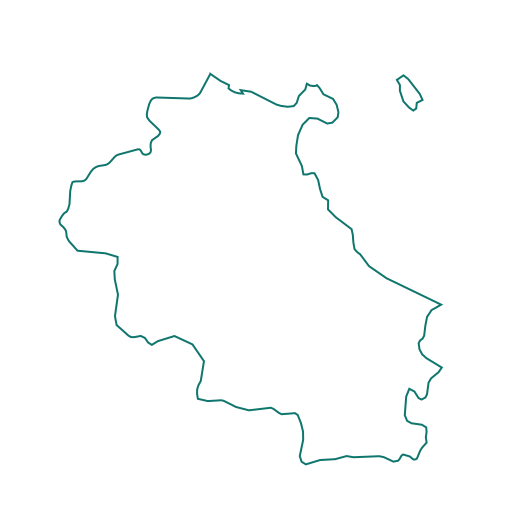 the border of Grosseto, rotated 188°
{"feature_id": "ITA-5379", "entity_name": "Grosseto", "entity_type": "Province", "adm_level": 1, "iso_a3": "ITA", "parent_name": "Italy", "parent_adm1": "", "projection": "natural_earth1", "projection_center": [11.272, 42.756], "detail": "fine", "context": "isolated", "style": "outline", "palette": "teal", "viewbox_px": 512, "rotation_deg": 188, "n_neighbors": 0, "source": "natural_earth", "source_scale": "10m", "svg_char_len": 2920}
<svg xmlns="http://www.w3.org/2000/svg" viewBox="0 0 512 512"><g transform="rotate(188 256 256)"><path d="M326.6,430.0L315.4,424.4L306.5,421.5L306.5,418.1L303.2,416.3L299.4,415.1L295.5,414.7L291.5,415.0L294.2,418.1L283.6,418.0L256.8,408.8L252.0,408.1L245.3,408.2L239.5,409.7L237.0,413.3L235.8,420.4L230.4,427.7L229.6,433.7L226.2,432.3L222.6,432.3L220.0,433.0L219.4,433.7L216.5,431.3L211.7,425.5L201.6,422.3L197.2,417.0L194.4,409.9L194.4,404.8L198.9,398.7L203.9,397.1L214.3,400.6L222.4,400.1L228.1,392.5L231.2,381.6L231.4,370.5L230.7,363.1L223.1,351.5L220.4,343.4L216.8,343.8L212.7,345.7L209.6,346.1L205.0,339.8L201.9,331.2L198.3,323.8L192.3,321.2L191.2,312.2L182.4,305.5L165.1,295.9L163.1,290.5L161.5,283.1L159.4,276.6L156.3,273.9L153.1,272.2L142.7,261.7L123.6,252.1L65.9,233.6L74.6,226.9L78.1,219.6L78.6,210.9L78.4,200.5L79.5,197.4L81.6,195.4L82.8,192.4L81.1,186.3L77.7,181.7L73.0,178.5L56.5,171.4L59.0,166.4L65.6,159.2L67.5,154.5L67.4,142.8L68.6,139.4L72.1,136.9L75.2,137.9L80.3,143.9L85.7,145.8L87.7,137.7L86.5,119.0L83.4,113.8L78.7,112.0L68.3,112.0L63.6,110.0L62.6,105.6L62.6,100.2L61.1,95.0L65.0,89.1L66.3,86.1L68.4,78.0L69.5,76.9L71.2,76.4L72.4,76.7L75.8,78.9L82.7,79.9L84.1,78.6L85.7,74.7L86.9,73.0L91.3,71.5L101.4,74.6L106.1,74.9L131.4,70.3L138.4,70.5L149.4,65.8L164.1,62.9L177.6,56.6L182.2,58.6L184.8,63.9L183.7,80.5L185.0,88.7L188.1,96.5L192.5,104.3L195.5,105.8L208.6,102.9L211.5,103.8L217.3,107.0L220.2,107.8L241.5,102.2L254.8,103.7L267.8,108.1L270.4,108.3L283.6,105.6L293.7,106.5L295.2,111.4L295.7,115.8L295.0,120.0L293.3,124.5L292.9,144.6L306.6,159.6L325.6,165.4L341.2,158.1L346.8,153.5L350.9,155.4L354.6,159.4L359.0,160.8L365.3,158.7L368.6,158.3L371.2,159.4L384.4,168.2L387.3,176.8L387.3,198.5L392.6,213.3L394.2,221.4L392.0,228.8L392.9,235.8L405.3,237.7L433.5,236.4L443.1,244.5L444.5,246.2L446.1,248.7L447.5,254.1L449.0,256.1L451.0,257.9L454.1,260.0L455.2,261.9L455.5,263.8L455.0,265.5L453.7,268.6L452.2,271.3L451.1,272.5L449.8,273.3L448.6,276.3L447.9,281.2L449.0,294.5L448.7,300.0L448.0,303.6L446.6,304.3L445.0,304.8L439.4,305.6L437.9,306.1L436.8,306.6L436.0,307.2L435.1,308.2L434.4,309.4L431.4,316.2L430.3,318.0L429.3,319.6L427.0,321.7L424.3,323.2L417.7,325.2L416.0,326.2L414.3,327.7L409.7,334.5L408.7,335.7L407.5,336.6L406.1,337.4L387.8,345.2L386.4,345.4L385.2,344.8L382.4,341.4L380.7,340.9L378.7,341.0L376.0,342.4L374.9,344.0L374.7,345.8L375.0,347.4L375.5,349.0L375.8,351.0L375.9,353.1L375.1,356.2L369.7,361.3L368.4,363.4L368.0,365.3L368.8,366.5L369.9,367.6L380.1,375.0L382.3,377.2L383.2,378.4L383.8,380.8L383.8,384.2L383.0,391.0L382.1,394.4L381.0,396.6L379.9,397.7L378.4,398.5L376.8,399.1L343.5,402.7L341.6,403.3L339.5,404.4L336.5,406.5L335.0,408.2L334.0,409.8L326.6,429.9L326.6,430.0ZM125.2,424.4L131.5,429.6L136.5,439.6L137.3,445.4L141.0,450.0L135.1,455.4L129.9,452.4L116.4,439.3L112.8,433.7L118.1,430.0L117.9,424.3L120.5,421.9L125.2,424.4Z" fill="none" stroke="#0f766e" stroke-width="2"/></g></svg>